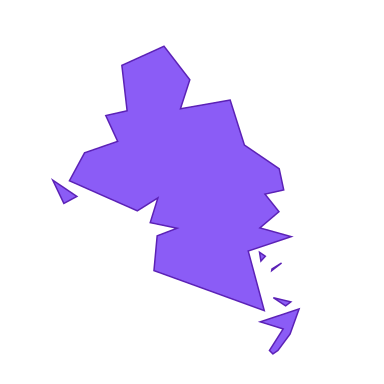 Schleswig-Holstein, Mercator projection, rotated 197°
{"feature_id": "DEU-1579", "entity_name": "Schleswig-Holstein", "entity_type": "State", "adm_level": 1, "iso_a3": "DEU", "parent_name": "Germany", "parent_adm1": "", "projection": "mercator", "projection_center": [9.834, 54.215], "detail": "coarse", "context": "isolated", "style": "filled", "palette": "violet", "viewbox_px": 384, "rotation_deg": 197, "n_neighbors": 0, "source": "natural_earth", "source_scale": "10m", "svg_char_len": 748}
<svg xmlns="http://www.w3.org/2000/svg" viewBox="0 0 384 384"><g transform="rotate(197 192 192)"><path d="M88.2,99.7L205.4,105.7L212.5,139.9L195.7,153.0L223.0,150.5L222.9,176.4L238.8,158.0L312.5,166.9L306.2,198.1L277.9,218.7L296.8,239.9L277.8,250.7L296.1,292.6L261.4,323.2L226.9,298.7L227.4,268.2L182.4,291.1L155.6,252.2L115.4,239.7L104.9,220.8L121.6,211.3L103.1,198.6L116.6,177.5L84.1,178.3L121.0,152.0L88.2,99.7ZM311.2,143.6L328.6,162.6L300.8,154.1L311.2,143.6ZM71.6,63.1L64.8,87.7L88.8,87.8L55.4,111.5L56.7,84.8L63.5,65.6L67.3,60.8L71.6,63.1ZM69.2,110.5L83.3,114.7L65.4,115.8L69.2,110.5ZM105.9,146.1L109.8,154.1L103.1,152.0L105.9,146.1ZM85.6,150.3L92.8,140.1L93.0,141.8L85.6,150.3Z" fill="#8b5cf6" stroke="#5b21b6" stroke-width="1.5"/></g></svg>